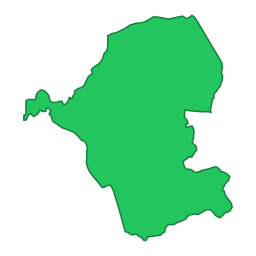 Itaboraí, Rio de Janeiro, Brazil
{"feature_id": "56859067B95798270573733", "entity_name": "Itaboraí", "entity_type": "district", "adm_level": 2, "iso_a3": "BRA", "parent_name": "Brazil", "parent_adm1": "Rio de Janeiro", "projection": "equal_earth", "projection_center": [-42.864, -22.756], "detail": "fine", "context": "isolated", "style": "filled", "palette": "green", "viewbox_px": 256, "rotation_deg": 0, "n_neighbors": 0, "source": "geoboundaries", "source_scale": "gbopen_adm2", "svg_char_len": 3014}
<svg xmlns="http://www.w3.org/2000/svg" viewBox="0 0 256 256"><path d="M112.3,33.4L107.8,35.7L107.8,39.3L107.7,43.6L107.7,47.2L106.7,51.0L104.3,53.1L103.4,56.0L102.2,59.5L99.9,62.7L97.7,64.6L93.7,67.1L91.3,70.0L92.3,73.9L89.4,75.5L87.8,77.6L86.1,81.2L84.2,85.1L81.9,87.4L79.4,88.1L76.8,89.3L74.6,91.0L74.6,94.1L73.0,95.9L71.8,98.8L69.3,97.5L67.9,101.6L65.5,104.3L63.4,104.6L62.0,101.3L59.7,101.3L57.7,102.0L55.1,102.6L52.6,102.3L50.2,101.0L49.3,98.2L48.7,95.6L47.2,93.4L44.2,90.6L41.0,89.9L38.3,91.7L36.4,94.8L35.4,99.6L32.0,99.5L28.2,99.4L26.0,100.9L26.0,103.8L25.7,106.9L26.0,109.5L26.1,114.1L23.8,115.4L23.9,120.3L26.2,119.8L27.3,117.6L28.3,115.3L30.7,113.7L33.6,116.5L35.6,115.3L37.9,113.6L40.1,110.4L42.8,111.5L45.7,111.4L46.3,108.4L49.0,108.6L50.8,110.6L49.1,114.0L51.3,116.4L52.4,120.7L54.3,122.4L56.2,123.6L59.0,125.5L62.4,127.9L64.6,128.6L67.1,129.5L69.6,130.5L73.8,132.2L76.1,134.3L78.6,136.8L81.6,140.3L85.1,141.6L86.2,144.2L87.4,146.6L87.0,149.8L86.5,154.6L87.0,158.7L86.2,162.1L87.5,167.2L88.9,170.5L92.0,175.0L94.2,177.7L98.2,182.4L101.4,186.8L103.7,187.7L105.7,186.2L108.5,185.3L110.8,185.4L113.2,190.1L115.8,198.6L116.7,201.6L118.8,208.3L121.3,217.4L125.2,231.5L128.6,232.8L130.9,234.7L133.8,234.7L135.9,233.9L138.8,236.4L141.3,237.1L143.4,240.1L145.9,240.6L147.8,236.7L151.8,236.5L155.3,235.8L158.5,235.5L160.5,235.1L162.4,233.3L164.8,231.8L165.5,227.9L167.6,225.2L169.7,224.5L172.3,224.8L174.8,224.1L177.4,222.4L180.2,221.5L183.2,220.2L186.0,218.8L187.3,216.7L189.5,215.0L191.8,214.5L195.0,213.9L197.9,214.5L201.7,212.5L205.1,210.4L207.5,209.6L210.7,209.9L213.6,212.9L215.5,215.4L218.2,217.1L220.3,217.8L223.1,214.9L225.7,212.4L227.8,212.0L230.0,210.9L232.2,206.9L231.2,203.4L229.7,200.9L227.2,197.9L225.1,194.8L224.3,191.1L222.3,190.6L223.4,187.4L224.7,184.8L226.4,182.5L228.9,180.0L229.7,176.5L227.1,174.0L224.4,172.4L221.1,171.4L219.0,168.8L216.9,167.1L214.4,166.9L210.6,168.2L207.3,169.2L205.3,169.8L203.0,170.0L201.0,170.8L198.8,172.0L196.8,172.4L193.8,171.8L191.8,169.9L189.5,169.2L187.0,169.3L184.9,167.6L183.5,164.2L183.6,160.6L186.3,159.3L188.4,157.2L191.8,157.1L193.4,154.7L194.7,152.2L196.7,150.1L196.1,146.2L193.9,144.4L192.2,142.0L193.4,138.8L193.6,135.2L194.1,132.2L193.7,129.3L192.0,125.9L186.3,127.4L185.9,124.4L188.1,123.5L187.0,120.1L184.4,117.2L184.8,109.8L188.3,110.5L190.5,110.8L198.7,111.5L201.7,111.7L205.2,111.8L208.0,111.7L210.9,112.4L210.5,109.4L211.2,105.9L211.9,103.3L212.1,100.5L214.1,97.5L213.7,94.6L215.4,92.4L217.2,90.2L218.8,87.8L220.4,85.8L221.1,82.8L222.4,79.6L222.6,76.5L221.4,72.5L222.3,67.6L221.9,63.1L218.1,56.3L211.2,44.9L209.7,42.3L207.1,37.9L202.5,30.1L196.8,20.5L194.3,17.0L191.9,15.4L188.9,17.7L186.9,18.7L182.6,16.1L179.9,16.7L177.9,17.0L175.2,17.6L172.4,18.3L168.5,19.1L165.6,18.6L163.0,18.0L160.8,17.6L157.1,17.0L153.4,16.8L151.2,18.3L148.9,19.7L147.0,20.8L144.9,21.7L142.8,22.4L140.4,23.1L137.9,23.1L134.9,23.6L130.2,25.0L127.6,26.6L124.0,29.1L120.4,30.7L117.6,32.0L115.6,32.9L112.3,33.4Z" fill="#22c55e" stroke="#15803d" stroke-width="1.5"/></svg>